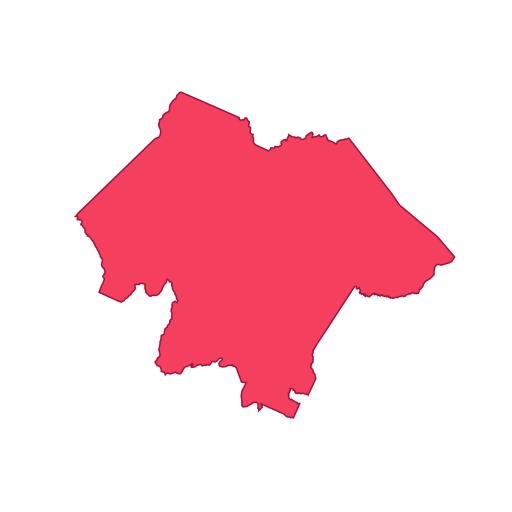 Amazonas, Natural Earth projection, rotated 204°
{"feature_id": "BRA-592", "entity_name": "Amazonas", "entity_type": "State", "adm_level": 1, "iso_a3": "BRA", "parent_name": "Brazil", "parent_adm1": "", "projection": "natural_earth1", "projection_center": [-64.603, -3.801], "detail": "fine", "context": "isolated", "style": "filled", "palette": "rose", "viewbox_px": 512, "rotation_deg": 204, "n_neighbors": 0, "source": "natural_earth", "source_scale": "10m", "svg_char_len": 6143}
<svg xmlns="http://www.w3.org/2000/svg" viewBox="0 0 512 512"><g transform="rotate(204 256 256)"><path d="M206.3,112.9L207.8,113.5L208.3,114.1L209.9,117.9L212.2,121.4L213.0,123.2L213.9,127.3L213.4,134.2L213.6,136.1L218.0,135.0L227.7,145.1L229.0,146.1L230.3,146.5L231.9,146.0L233.4,146.8L234.6,145.7L236.8,145.0L238.5,142.8L241.5,141.0L244.6,140.7L245.9,142.1L246.2,143.1L245.9,144.8L244.8,146.6L244.8,147.8L245.7,148.8L246.7,148.6L247.6,147.8L248.4,146.6L248.7,144.8L250.2,142.5L252.8,142.2L253.3,141.4L253.7,138.4L254.2,137.3L256.6,137.0L256.7,136.4L257.7,135.5L259.2,135.0L260.4,133.8L261.8,134.4L262.6,134.4L265.3,132.4L266.4,130.2L269.3,128.1L270.3,128.4L269.6,130.9L269.7,131.4L270.1,131.7L270.5,131.5L271.6,129.6L275.1,126.4L275.9,125.3L276.3,123.8L276.3,122.4L276.7,118.8L277.1,118.0L277.9,117.3L279.5,116.9L282.4,116.9L285.8,113.8L287.0,113.2L288.0,113.3L290.1,112.7L290.6,110.6L291.7,111.9L292.6,112.4L295.6,112.0L295.9,112.4L296.1,113.5L298.0,115.5L298.9,115.8L301.8,115.8L304.9,117.8L305.1,118.6L304.2,120.5L304.6,122.8L303.8,123.6L303.1,125.8L304.5,128.4L306.7,130.7L306.7,131.6L308.0,136.9L308.8,138.9L308.9,141.3L310.1,144.6L310.2,145.0L309.8,145.5L308.5,146.6L308.1,147.3L309.5,151.9L309.2,153.2L308.3,154.3L308.5,156.6L307.7,158.5L307.7,160.2L308.5,162.1L308.1,163.4L307.4,164.0L307.3,164.7L308.7,167.0L309.5,169.8L310.8,170.6L311.5,171.9L311.8,173.2L311.7,175.4L312.8,176.9L313.2,179.1L313.0,179.8L311.4,181.8L309.2,181.2L309.0,183.3L310.6,184.2L312.9,187.1L314.4,188.1L315.4,189.7L316.5,190.1L318.9,192.0L319.8,193.7L320.8,194.4L322.2,197.6L323.0,197.8L324.5,197.1L325.4,198.1L327.8,198.6L327.3,195.4L328.3,191.9L328.3,190.5L328.6,189.3L328.2,186.3L329.2,182.0L330.6,179.9L332.2,178.9L335.0,177.8L335.8,176.3L337.9,176.2L339.0,177.1L341.7,177.8L342.2,178.9L344.3,181.3L345.3,183.5L345.4,184.6L345.8,184.9L347.8,185.1L348.6,184.5L350.2,184.5L351.2,182.4L354.4,181.1L354.7,180.6L354.7,179.8L353.1,177.4L353.1,175.6L354.5,171.8L354.7,169.8L355.8,168.0L356.5,165.7L357.6,164.3L358.3,162.5L358.3,161.5L359.7,160.4L360.1,159.3L360.6,159.0L365.9,158.9L384.6,159.0L385.1,166.4L384.8,168.6L385.0,172.9L385.6,173.7L387.1,174.6L387.6,175.2L387.1,178.7L387.4,180.1L389.7,182.8L391.1,182.9L393.4,184.8L394.1,187.4L394.2,188.8L394.6,189.7L396.3,191.5L397.7,191.8L398.9,193.8L400.2,194.4L401.0,195.7L403.1,196.9L404.8,198.7L406.6,199.4L408.0,201.0L409.1,201.6L409.7,202.6L411.8,203.5L415.1,205.6L416.5,206.1L418.2,205.7L418.5,206.9L419.8,206.9L421.7,208.0L422.5,209.8L423.7,211.3L425.3,212.0L427.0,213.3L428.7,213.4L428.9,214.1L428.5,216.3L429.0,216.9L431.1,217.9L432.4,217.0L434.0,216.5L434.3,217.0L434.2,218.4L434.4,218.8L436.1,219.1L437.9,218.3L436.0,219.9L436.4,220.7L436.2,222.0L396.4,320.9L395.4,322.7L393.5,324.5L392.8,325.8L392.8,327.8L393.7,330.9L394.3,332.0L397.9,335.7L398.6,337.0L398.9,340.2L399.6,341.2L397.9,343.4L397.7,345.1L398.1,346.8L397.7,348.0L396.2,350.7L395.0,351.8L394.5,352.7L394.5,354.2L395.6,357.2L396.0,359.6L395.3,362.1L395.3,363.1L394.1,366.1L393.2,367.1L393.6,370.4L392.3,374.1L391.0,375.2L327.4,375.6L327.2,374.3L325.2,373.7L324.0,374.8L322.7,375.1L322.0,377.6L321.0,378.2L320.1,377.8L318.9,376.5L316.7,375.9L315.7,372.6L315.7,371.6L313.1,371.1L311.4,366.1L309.9,365.5L308.1,365.9L307.8,364.0L306.1,362.4L305.5,361.1L305.4,360.1L303.9,358.3L302.1,357.5L300.6,357.3L287.4,357.1L286.3,359.0L286.4,360.9L283.3,361.9L283.1,362.4L283.2,363.8L279.9,364.8L278.0,367.5L278.1,368.5L279.1,369.4L279.4,370.2L278.9,371.7L277.7,373.6L276.3,374.3L275.4,373.6L275.0,373.9L275.0,376.0L275.3,376.8L275.0,378.0L275.3,380.2L274.2,379.6L273.3,380.0L272.2,379.7L270.1,379.7L269.1,380.5L267.7,380.1L266.1,381.7L265.4,381.8L263.3,381.7L262.2,380.9L261.7,380.9L259.8,382.2L258.7,383.9L259.0,386.6L257.9,387.9L257.7,388.9L255.7,391.5L254.9,391.7L253.9,391.0L253.5,390.2L253.4,389.0L252.7,387.3L248.4,390.6L247.7,392.2L247.1,392.1L246.2,391.2L245.4,391.2L243.7,392.3L243.0,394.1L241.5,395.0L237.3,391.0L233.2,391.4L228.3,390.9L228.0,391.3L228.2,393.5L226.1,396.3L224.0,397.2L221.9,399.3L220.9,399.3L220.2,400.4L219.1,401.4L157.3,368.1L145.6,360.9L97.9,347.3L74.1,335.9L75.1,330.3L76.2,329.4L76.6,328.5L83.1,323.0L85.1,322.8L86.7,322.1L87.8,320.4L88.2,318.4L87.6,316.7L87.1,313.8L85.9,311.9L85.9,310.8L87.9,306.0L90.7,301.9L91.2,300.5L91.6,298.3L91.3,296.1L92.3,292.4L92.9,291.4L92.4,288.0L93.6,287.6L93.7,287.1L95.4,286.8L95.9,286.2L98.1,286.3L98.7,285.1L100.1,283.8L101.2,283.6L101.6,282.5L102.9,281.9L103.4,279.9L104.3,279.6L104.6,279.1L106.3,279.0L109.2,276.7L110.0,275.3L110.7,275.5L111.9,274.8L113.4,273.2L115.6,272.8L115.9,272.3L116.9,272.7L117.7,272.3L118.4,273.0L119.5,272.3L119.4,272.8L120.4,272.3L121.3,272.4L121.7,271.6L122.3,271.4L124.2,271.2L124.7,271.8L125.4,271.2L125.7,271.3L125.9,270.3L126.7,269.8L127.2,269.9L127.8,270.6L128.7,269.5L129.1,270.2L129.6,270.4L130.5,269.5L131.6,270.0L132.1,269.1L132.9,270.0L134.4,268.0L134.9,266.8L135.5,266.5L135.4,265.7L135.7,265.1L136.9,264.5L138.6,264.9L139.6,263.5L139.9,263.6L139.9,264.8L140.9,265.4L141.3,264.3L141.6,264.1L142.3,265.1L144.1,264.0L145.5,264.8L145.9,264.1L146.2,264.2L146.6,264.9L146.5,266.7L147.7,268.0L148.2,268.1L148.8,269.0L150.2,267.0L151.0,267.1L151.5,268.4L152.3,269.0L153.6,267.8L164.7,198.7L165.0,194.2L165.5,192.9L164.4,190.7L164.5,188.7L162.7,186.9L162.6,185.8L161.8,184.9L161.8,184.0L160.7,182.1L161.6,179.9L161.2,179.0L160.9,177.0L160.2,176.3L158.2,175.3L156.4,173.6L155.9,172.6L154.3,172.0L151.5,168.3L151.8,150.3L152.1,150.6L153.0,150.2L157.0,149.8L159.3,148.3L160.9,148.7L161.4,147.8L163.8,146.8L164.6,147.2L166.2,149.0L167.5,148.6L167.6,149.5L169.1,149.6L169.6,149.0L170.4,149.2L170.9,148.8L170.6,147.8L169.8,146.9L170.3,146.2L170.1,144.1L170.6,143.8L170.6,143.5L169.4,142.6L169.5,141.7L167.8,139.4L166.4,138.7L165.1,139.6L163.8,138.9L162.5,139.0L160.9,138.6L158.9,138.9L158.6,138.3L157.9,138.1L156.5,139.0L156.0,138.9L156.0,123.3L157.0,123.3L158.6,122.5L160.3,122.5L161.7,121.8L162.5,121.7L166.4,123.0L191.2,123.0L190.7,122.6L190.6,121.9L189.6,121.8L189.4,120.5L188.8,120.4L190.6,115.9L190.9,116.9L192.3,117.6L193.9,121.6L194.6,122.3L196.1,122.5L198.3,121.5L203.1,114.9L206.3,112.9Z" fill="#f43f5e" stroke="#9f1239" stroke-width="1.5"/></g></svg>